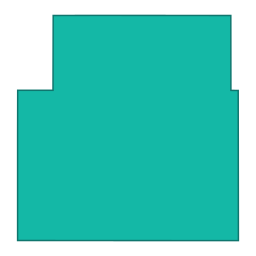 outline of Nelson, North Dakota, United States of America
{"feature_id": "52423323B93170673506058", "entity_name": "Nelson", "entity_type": "district", "adm_level": 2, "iso_a3": "USA", "parent_name": "United States of America", "parent_adm1": "North Dakota", "projection": "robinson", "projection_center": [-98.234, 47.934], "detail": "fine", "context": "isolated", "style": "filled", "palette": "teal", "viewbox_px": 256, "rotation_deg": 0, "n_neighbors": 0, "source": "geoboundaries", "source_scale": "gbopen_adm2", "svg_char_len": 285}
<svg xmlns="http://www.w3.org/2000/svg" viewBox="0 0 256 256"><path d="M203.2,240.6L238.4,240.6L238.2,90.5L230.9,90.4L230.8,15.5L97.7,15.4L53.2,15.5L53.0,90.3L17.7,90.3L17.6,136.0L17.6,165.6L17.6,240.5L26.2,240.5L203.2,240.6Z" fill="#14b8a6" stroke="#0f766e" stroke-width="1.5"/></svg>